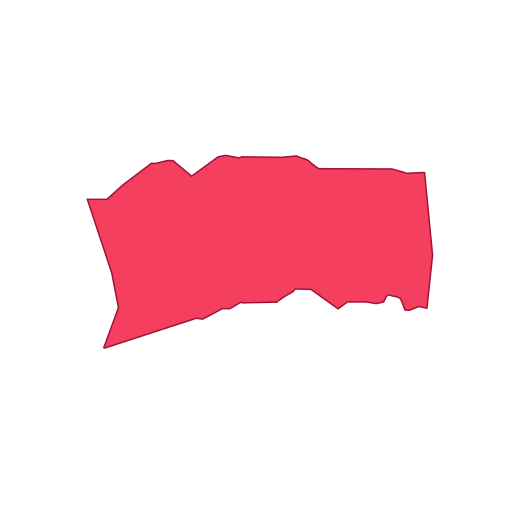 Saki East, Oyo, Nigeria, rotated 117°
{"feature_id": "59680162B31759462460359", "entity_name": "Saki East", "entity_type": "district", "adm_level": 2, "iso_a3": "NGA", "parent_name": "Nigeria", "parent_adm1": "Oyo", "projection": "mercator", "projection_center": [3.599, 8.694], "detail": "fine", "context": "isolated", "style": "filled", "palette": "rose", "viewbox_px": 512, "rotation_deg": 117, "n_neighbors": 0, "source": "geoboundaries", "source_scale": "gbopen_adm2", "svg_char_len": 970}
<svg xmlns="http://www.w3.org/2000/svg" viewBox="0 0 512 512"><g transform="rotate(117 256 256)"><path d="M105.2,143.6L106.6,146.6L114.1,159.6L114.2,161.8L116.7,174.3L149.7,239.7L149.7,240.4L149.4,241.4L149.6,242.1L149.3,243.7L148.6,246.3L148.6,247.8L147.6,250.9L147.2,253.0L147.2,256.2L148.2,260.8L148.4,265.2L156.3,277.8L174.0,313.5L176.3,315.8L180.1,328.7L184.9,334.8L214.1,349.6L208.9,372.5L208.7,373.2L210.9,377.9L219.2,387.6L220.8,391.2L252.7,406.7L273.2,414.6L282.1,432.0L336.5,376.9L364.5,355.1L406.7,350.0L406.8,349.1L338.6,281.0L336.5,274.9L335.8,274.4L318.2,262.1L314.9,255.4L304.0,248.5L303.9,246.8L287.6,216.4L286.1,215.9L277.5,211.2L271.0,206.8L267.6,206.2L260.8,191.8L265.8,158.9L255.5,153.7L248.9,141.0L246.5,135.8L243.8,127.2L241.7,124.6L239.1,121.5L232.6,121.4L230.3,120.2L229.6,116.0L228.4,112.0L228.3,108.2L230.8,105.0L236.5,98.8L234.7,94.6L226.9,87.8L225.0,80.0L175.2,99.0L105.2,143.6Z" fill="#f43f5e" stroke="#9f1239" stroke-width="1.5"/></g></svg>